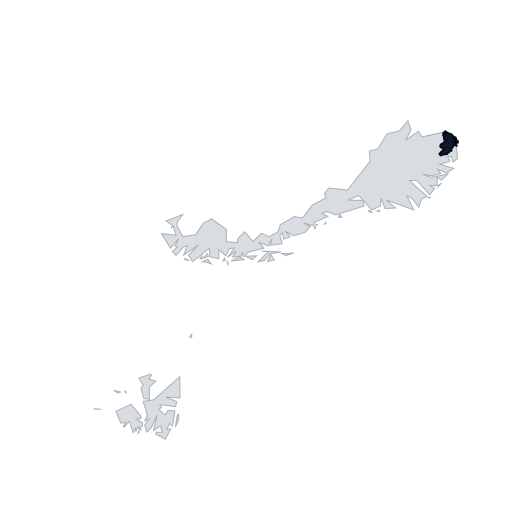 Vest-Agder highlighted on a map of Norway, rotated 222°
{"feature_id": "NOR-916", "entity_name": "Vest-Agder", "entity_type": "County", "adm_level": 1, "iso_a3": "NOR", "parent_name": "Norway", "parent_adm1": "", "projection": "orthographic", "projection_center": [7.224, 58.601], "detail": "fine", "context": "in_parent", "style": "filled", "palette": "ink", "viewbox_px": 512, "rotation_deg": 222, "n_neighbors": 0, "source": "natural_earth", "source_scale": "10m", "svg_char_len": 7226}
<svg xmlns="http://www.w3.org/2000/svg" viewBox="0 0 512 512"><g transform="rotate(222 256 256)"><path d="M287.7,246.8L278.8,253.6L281.1,256.6L280.5,266.4L267.9,264.8L267.2,276.5L259.2,279.1L255.7,288.8L258.9,295.6L253.8,311.0L246.9,315.3L248.3,331.4L242.9,346.0L246.8,348.0L247.4,355.2L232.0,366.3L234.7,403.0L242.0,409.7L237.1,417.0L240.3,434.4L233.1,445.0L233.6,458.1L225.2,453.5L222.2,442.3L218.7,457.3L212.4,455.5L198.6,474.9L186.5,477.3L171.4,463.3L172.5,457.7L177.4,460.6L180.1,458.1L175.4,456.1L180.7,447.1L167.8,453.4L169.8,445.2L178.9,442.0L174.1,441.0L178.3,433.8L186.6,428.4L178.4,431.6L168.2,445.3L169.0,436.5L173.8,435.9L168.6,429.4L173.7,424.8L168.5,425.7L167.7,417.7L187.1,419.8L192.4,414.7L168.8,414.8L171.1,409.1L167.6,401.2L177.6,403.3L184.3,401.7L169.7,395.8L196.7,384.8L184.4,385.1L191.9,377.6L201.4,382.5L197.1,376.4L200.6,367.7L219.9,369.7L225.3,358.8L213.6,369.0L209.2,365.4L224.3,339.8L232.5,336.8L235.4,331.9L229.1,333.5L235.3,319.8L233.0,317.2L242.5,312.4L235.4,314.4L235.4,306.4L241.3,296.5L251.0,293.8L243.5,293.3L246.7,287.0L252.0,290.8L252.2,287.3L244.9,282.6L252.6,273.5L255.8,279.8L253.8,271.6L263.1,268.1L255.4,267.1L264.4,253.5L264.4,247.4L269.0,249.7L266.7,246.6L272.7,239.4L273.9,246.6L276.3,235.9L277.4,247.6L280.9,243.3L278.4,236.1L287.7,235.7L281.8,229.1L289.6,224.5L295.9,230.8L299.3,209.5L306.6,211.3L306.1,225.6L310.4,208.2L314.0,217.3L315.9,214.7L315.9,202.9L321.4,203.5L320.4,209.9L322.7,209.3L325.0,217.1L324.8,204.6L341.3,209.4L329.4,217.8L337.8,223.1L346.2,221.9L338.2,237.8L337.4,228.8L334.9,225.6L323.4,221.4L315.1,231.5L317.1,245.0L313.9,253.9L295.9,255.9L287.7,246.8ZM219.3,52.1L225.5,55.9L226.4,63.4L228.2,59.0L230.5,65.1L242.6,72.5L235.7,80.7L231.9,115.3L217.5,99.6L228.6,91.0L217.3,94.7L215.1,90.2L227.9,81.3L224.8,80.1L225.6,77.0L217.4,77.0L218.0,82.7L212.5,86.5L204.4,73.9L208.3,73.6L206.2,67.5L203.6,70.6L200.9,59.2L211.2,56.6L212.2,58.3L207.8,62.2L213.2,66.0L215.3,57.9L223.0,71.6L218.9,58.5L219.3,52.1ZM229.2,42.6L239.4,48.5L239.5,40.4L240.7,41.1L241.4,45.4L244.5,41.4L256.2,46.7L249.6,62.3L234.7,60.0L232.7,58.5L235.8,54.9L228.7,56.1L226.5,53.3L228.1,51.0L224.6,49.6L229.4,49.3L228.0,45.5L230.3,47.1L229.2,42.6ZM244.1,75.0L253.4,81.3L253.0,84.5L261.3,86.8L255.4,97.6L253.7,97.3L253.5,92.7L246.7,96.0L247.5,87.0L239.4,78.2L244.1,75.0ZM249.9,267.3L255.0,263.6L240.1,275.7L247.3,266.6L246.7,258.3L250.5,253.3L249.9,267.3ZM256.2,250.8L263.4,249.0L255.8,256.5L256.2,250.8ZM262.6,245.1L271.3,235.4L267.6,244.7L262.6,245.1ZM201.4,74.9L206.9,83.2L208.4,86.9L204.1,82.9L201.4,74.9ZM243.7,259.5L246.0,266.7L239.7,265.6L243.7,259.5ZM292.2,215.1L289.7,221.2L283.9,220.2L289.7,217.8L292.2,215.1ZM293.9,218.7L293.8,225.1L291.1,224.0L293.9,218.7ZM233.2,276.9L238.9,274.7L233.0,280.2L233.2,276.9ZM273.9,34.5L268.3,38.5L273.9,34.1L273.9,34.5ZM267.1,61.5L271.7,61.2L265.7,64.2L267.1,61.5ZM302.5,208.1L305.9,205.7L307.5,206.5L302.5,208.1ZM296.0,216.5L296.1,219.9L294.3,217.4L296.0,216.5ZM277.3,230.1L278.0,233.4L276.1,232.5L277.3,230.1ZM251.1,151.6L251.3,154.7L249.3,152.5L251.1,151.6ZM263.5,67.9L261.4,68.1L260.8,67.1L263.5,67.9ZM220.4,340.0L221.8,342.7L218.1,342.2L220.4,340.0ZM270.3,230.7L272.6,231.6L274.2,233.2L270.3,230.7ZM225.0,45.6L226.2,47.5L224.9,46.9L225.0,45.6ZM202.4,365.7L198.1,366.1L202.6,364.3L202.4,365.7ZM196.3,370.3L194.7,372.7L193.9,371.5L196.3,370.3ZM232.1,281.0L230.3,283.8L232.1,279.2L232.1,281.0ZM167.7,430.5L167.1,434.2L166.9,429.3L167.7,430.5ZM231.4,317.9L230.3,315.7L231.6,315.8L231.4,317.9ZM337.6,219.8L338.1,222.5L337.8,222.1L337.6,219.8ZM232.7,319.9L230.5,320.5L233.2,319.3L232.7,319.9ZM226.4,325.4L226.8,327.5L225.6,326.9L226.4,325.4ZM167.0,414.5L165.8,416.8L166.1,414.9L167.0,414.5Z" fill="#d9dde1" stroke="#a8b0b8" stroke-width="1"/><path d="M199.2,474.6L199.2,475.0L199.0,475.3L198.8,475.1L198.7,474.8L198.3,475.5L198.2,475.7L197.9,475.6L197.6,475.6L197.4,475.5L197.4,475.4L197.2,475.2L197.4,474.8L197.6,474.7L197.5,474.2L197.3,473.7L197.2,473.3L196.9,473.4L197.1,473.7L197.2,474.1L197.1,474.5L197.0,474.9L196.4,475.3L196.2,475.6L196.4,475.9L196.0,476.1L194.3,476.4L193.9,476.6L193.7,476.6L193.4,476.4L193.3,476.5L193.4,476.9L193.2,476.9L193.0,476.7L193.0,477.2L192.9,477.3L192.7,477.3L192.5,476.9L192.5,477.1L192.5,477.3L190.6,477.4L189.3,477.1L189.1,476.9L189.1,476.6L188.5,477.0L188.3,477.2L188.2,476.9L187.4,477.1L187.3,477.3L187.3,477.5L187.2,477.7L186.7,477.9L186.5,477.6L186.5,477.2L186.7,476.9L187.1,476.7L187.3,476.6L187.4,476.4L187.5,476.4L187.6,476.6L187.8,476.5L188.0,476.1L188.0,475.9L187.8,475.9L187.2,476.2L187.0,476.4L186.9,476.6L186.1,476.9L185.8,476.9L186.0,476.6L186.3,476.0L186.5,475.8L186.3,475.7L185.7,476.5L185.6,476.3L185.6,476.1L185.5,475.8L185.4,475.9L185.2,476.1L184.8,476.1L184.6,476.0L184.5,475.8L184.9,475.5L185.2,475.4L186.0,475.4L186.4,475.0L186.1,475.0L185.5,475.2L185.2,475.1L184.9,474.9L184.4,474.2L184.2,474.2L184.6,475.2L184.5,475.4L184.0,475.5L183.7,475.4L183.5,475.1L183.7,474.9L183.7,474.7L183.6,474.4L183.6,474.0L183.4,475.1L183.3,475.4L183.5,475.5L183.6,475.8L183.9,476.1L184.1,476.3L184.2,476.5L183.9,476.6L183.7,476.5L182.5,476.4L182.3,476.3L181.7,475.6L181.6,475.4L181.8,475.3L182.0,475.2L182.2,474.9L182.2,474.5L182.3,474.3L182.9,474.3L183.1,474.2L182.9,474.0L183.1,473.7L183.7,473.4L184.1,472.9L184.9,472.4L184.7,472.4L184.5,472.5L184.0,472.8L183.4,473.3L183.2,473.4L183.1,473.2L182.8,472.6L182.7,472.4L182.8,472.0L183.0,471.8L183.4,472.0L183.5,471.6L183.3,471.3L183.0,471.4L182.8,471.5L182.6,471.5L182.6,472.6L182.6,472.9L182.0,473.0L181.3,472.6L180.3,472.4L180.4,472.2L180.7,472.0L181.9,471.5L182.0,471.4L182.4,471.1L182.5,470.8L182.7,470.5L182.7,470.2L182.7,469.9L182.4,467.9L182.3,467.5L182.3,467.3L182.4,467.0L182.4,466.8L182.3,466.2L182.3,465.7L182.2,465.6L181.8,465.4L181.3,465.5L181.1,465.3L180.9,464.8L181.0,464.6L182.0,464.2L182.3,464.0L182.4,463.8L182.5,463.6L182.2,463.1L182.1,462.8L181.8,462.5L181.7,462.4L181.8,461.8L182.3,460.8L182.3,460.5L182.3,460.2L182.2,460.0L182.1,459.8L182.1,459.6L182.1,459.4L184.1,457.1L184.3,456.9L184.4,456.5L184.6,456.3L184.9,456.0L185.2,455.7L185.4,455.5L185.4,455.2L185.4,454.8L185.5,454.6L185.7,454.4L186.0,454.0L186.8,454.1L188.3,454.6L188.4,454.8L188.2,455.1L188.2,455.3L188.1,455.7L188.0,456.2L188.0,456.5L188.1,456.9L188.2,457.1L188.2,457.3L188.2,457.5L187.9,457.6L187.8,457.8L188.0,458.3L188.2,458.7L188.2,458.9L188.2,459.1L188.1,459.4L187.4,460.5L187.2,460.9L187.3,461.1L187.7,461.3L188.1,461.4L188.3,461.3L188.4,461.1L188.6,461.0L190.1,460.7L190.8,460.4L192.0,460.3L192.5,460.4L192.6,460.5L192.9,461.2L193.5,462.3L193.4,462.6L193.4,463.1L193.2,463.6L193.1,463.8L192.8,464.0L192.7,464.1L192.5,464.5L192.5,465.1L192.7,465.4L192.9,465.8L192.9,466.0L192.7,466.4L192.6,466.5L192.3,466.7L192.2,466.8L192.1,467.0L192.2,467.6L192.3,467.9L192.5,468.3L192.6,468.5L192.9,468.5L193.5,468.6L193.8,468.2L194.0,468.2L194.4,468.3L194.6,468.5L194.8,468.7L194.9,468.9L194.9,469.2L194.9,469.3L195.0,469.4L195.8,469.7L196.1,470.0L196.3,470.2L196.4,470.6L196.4,470.8L196.6,471.0L196.8,470.9L196.9,470.7L197.2,470.5L197.8,470.7L197.8,471.0L197.9,471.3L197.9,471.5L198.0,471.8L199.0,472.0L199.2,472.5L199.2,472.9L199.2,473.1L199.1,473.3L198.9,473.4L198.9,473.5L198.8,473.9L198.8,474.0L199.1,474.4L199.2,474.6Z" fill="#0f172a" stroke="#020617" stroke-width="1.5"/></g></svg>